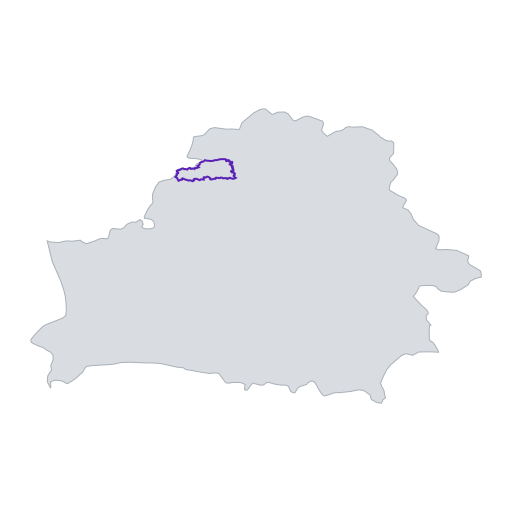 location of Pastavy, Vitebsk, Belarus
{"feature_id": "67162791B41761210959552", "entity_name": "Pastavy", "entity_type": "district", "adm_level": 2, "iso_a3": "BLR", "parent_name": "Belarus", "parent_adm1": "Vitebsk", "projection": "natural_earth1", "projection_center": [27.066, 55.118], "detail": "fine", "context": "in_parent", "style": "outline", "palette": "violet", "viewbox_px": 512, "rotation_deg": 0, "n_neighbors": 0, "source": "geoboundaries", "source_scale": "gbopen_adm2", "svg_char_len": 8466}
<svg xmlns="http://www.w3.org/2000/svg" viewBox="0 0 512 512"><path d="M438.5,352.2L429.4,351.8L418.6,352.0L412.6,355.3L406.0,353.7L401.4,355.6L390.8,364.7L386.7,369.7L382.9,377.3L380.5,383.0L381.9,386.9L384.0,390.6L384.5,394.6L385.5,397.7L382.9,399.9L381.4,403.2L376.9,402.6L371.3,399.5L370.1,395.0L365.7,391.8L362.9,390.2L358.3,389.9L350.9,391.4L341.3,392.5L334.0,392.8L330.0,394.4L324.1,396.0L321.9,394.2L318.5,389.0L315.8,383.9L313.9,381.7L312.3,381.1L310.4,381.2L308.1,382.8L306.4,384.5L300.3,386.4L297.7,388.2L294.8,392.9L292.8,392.6L290.8,391.5L288.4,386.2L285.2,385.0L280.1,385.0L273.7,383.9L268.6,382.3L266.7,382.6L263.7,384.9L260.4,385.2L253.1,383.2L251.7,384.1L247.5,389.9L245.6,390.2L244.5,389.5L245.1,384.4L240.8,382.6L233.7,382.4L228.8,383.1L226.3,382.9L225.1,381.9L218.9,373.5L215.7,372.9L209.9,373.4L201.4,372.3L191.6,370.4L186.2,369.7L183.4,367.8L177.3,367.2L161.1,363.6L154.4,363.0L144.7,362.9L129.8,362.2L120.3,362.6L115.8,363.8L110.7,364.5L93.0,365.5L86.7,366.4L84.9,368.2L82.7,372.1L75.3,378.8L68.2,383.3L66.9,383.7L62.8,381.3L59.3,380.5L55.3,380.2L52.4,381.0L50.6,382.1L50.8,387.3L50.3,387.8L47.3,381.6L47.7,376.0L49.5,372.8L51.6,370.0L50.8,365.7L53.0,360.0L53.1,355.9L52.2,354.1L50.6,352.1L46.0,349.8L44.0,348.0L37.8,345.7L31.7,342.7L30.7,340.9L31.0,339.7L32.2,337.8L37.0,332.3L42.2,327.0L45.5,324.8L62.9,318.0L65.6,315.6L66.3,311.6L66.1,303.4L65.2,296.0L64.0,290.8L60.8,281.2L52.2,261.4L47.2,240.9L50.7,242.1L58.9,242.5L65.4,241.1L68.8,240.9L71.8,241.3L80.4,240.2L82.5,242.1L86.3,243.7L93.9,241.3L100.6,238.4L107.5,238.8L108.5,237.3L110.3,230.1L112.4,228.5L120.6,229.2L123.7,227.9L126.9,224.3L131.8,222.1L135.9,222.1L140.2,219.6L142.2,221.3L143.2,224.3L141.8,226.7L142.4,227.6L145.3,228.8L150.4,228.8L153.6,227.8L154.4,226.4L154.4,223.9L153.6,221.6L151.5,219.6L147.5,218.6L144.7,218.5L144.2,217.3L145.2,214.5L147.7,209.5L150.8,205.0L152.6,203.3L153.0,201.7L152.6,199.0L152.6,194.1L155.4,187.2L159.1,182.0L164.0,180.3L170.0,179.4L173.8,177.0L175.7,174.2L177.4,169.7L179.3,168.8L193.7,169.4L195.9,165.0L197.1,163.7L199.9,162.4L201.8,160.8L201.1,159.6L197.4,158.8L188.8,158.1L187.0,156.7L187.6,154.9L189.9,150.4L192.1,144.5L193.3,140.0L193.4,137.3L194.6,136.6L201.7,135.7L204.0,134.8L210.1,128.6L214.7,127.6L226.6,129.2L232.1,129.0L239.0,129.5L239.6,128.8L242.0,122.7L253.7,112.9L260.0,109.5L264.0,108.8L265.4,109.0L271.7,114.1L273.2,114.3L277.4,112.2L284.6,112.0L288.0,113.8L292.9,120.1L295.4,120.9L302.4,117.3L306.3,116.2L308.9,116.2L322.3,121.1L323.3,122.7L323.4,124.6L321.4,130.3L324.2,133.9L327.4,136.3L334.2,132.3L336.7,131.2L339.5,131.1L343.2,129.7L345.8,127.5L348.4,126.7L353.3,127.2L362.1,126.7L372.5,130.2L373.4,131.2L378.7,135.3L380.5,137.4L382.2,138.0L385.0,140.0L388.7,141.2L391.3,140.9L392.5,141.5L393.7,143.1L393.8,145.8L393.6,153.4L390.0,157.4L389.5,158.8L389.7,160.5L392.7,163.8L396.6,168.9L397.6,171.9L397.6,174.2L392.6,180.7L390.9,182.3L389.8,185.5L389.2,188.8L389.6,190.2L398.3,195.4L404.8,198.2L406.3,199.6L406.4,200.5L403.1,206.1L402.8,207.7L408.0,210.0L410.9,213.7L413.6,219.7L418.6,225.4L437.0,233.9L438.6,235.4L439.2,237.2L438.8,241.1L435.6,248.7L438.8,249.8L446.8,249.5L456.6,250.4L468.5,255.7L468.6,258.1L467.4,260.3L468.3,262.6L469.7,264.6L480.0,270.5L481.0,272.3L481.3,275.2L481.1,277.3L478.3,277.7L475.1,278.7L470.1,281.3L468.2,284.9L460.0,289.9L454.9,292.1L450.9,292.2L441.1,291.2L437.7,288.7L436.2,286.5L432.4,285.5L427.5,285.4L420.6,285.8L419.2,286.4L418.2,289.2L415.4,293.9L413.3,296.6L422.2,306.0L426.7,309.9L428.1,312.2L428.1,313.9L426.1,315.9L426.5,319.9L430.9,325.2L429.4,326.0L429.2,332.5L429.3,339.4L430.5,341.0L432.9,342.4L434.8,344.9L438.2,350.7L438.5,352.2Z" fill="#d9dde1" stroke="#a8b0b8" stroke-width="1"/><path d="M178.6,180.8L179.0,180.7L179.3,180.5L179.9,180.0L180.3,179.8L181.0,179.8L181.8,179.8L182.2,179.5L182.1,179.2L182.0,178.9L182.1,178.7L182.3,178.4L182.6,178.4L183.2,178.5L183.6,178.7L184.1,179.0L184.6,179.3L185.0,179.4L185.7,179.7L186.2,179.8L186.6,179.9L187.0,179.9L187.5,180.1L187.9,180.4L188.3,180.5L188.7,180.5L189.3,180.4L189.8,180.2L190.3,180.3L190.9,180.6L191.5,180.7L192.1,180.9L192.4,181.2L192.7,181.1L193.2,180.9L193.7,180.7L194.1,180.4L194.3,180.1L194.3,179.9L194.0,179.6L193.7,179.4L193.8,179.2L194.2,179.0L194.7,178.9L195.3,178.8L196.2,178.8L196.8,179.0L197.3,179.1L198.0,179.3L198.2,179.6L198.8,179.9L199.4,180.1L199.8,180.2L200.1,180.0L200.3,179.8L200.6,179.5L201.3,179.3L201.7,179.4L202.2,179.4L202.6,179.4L203.1,179.4L203.7,179.6L203.7,179.3L203.7,178.9L203.8,178.3L203.6,177.9L203.6,177.5L203.7,177.3L203.9,177.2L204.2,177.2L205.0,177.4L205.1,177.6L205.6,177.6L206.0,177.3L206.7,176.9L207.2,176.6L208.0,176.8L208.5,177.0L208.9,177.2L209.2,177.5L209.9,177.9L210.3,178.2L210.2,178.7L210.1,179.0L210.2,179.3L210.5,179.4L211.3,179.4L212.2,179.3L212.5,179.3L213.4,179.0L213.6,178.9L213.9,178.8L214.5,178.8L215.1,178.9L215.5,178.8L215.7,178.5L215.6,178.0L215.7,177.8L216.0,177.7L216.5,177.7L216.9,177.9L217.4,177.9L217.8,177.9L218.3,177.8L218.7,178.0L219.2,178.1L219.6,178.1L219.9,178.1L220.2,177.8L220.6,177.6L220.8,177.6L221.1,177.7L221.6,177.7L221.9,177.6L222.3,177.9L222.6,178.1L223.0,178.4L223.4,178.3L223.7,178.2L224.2,178.1L224.8,178.1L225.1,178.3L225.8,178.2L226.2,178.1L226.5,178.1L226.8,178.1L227.0,178.3L227.0,178.5L227.1,178.9L227.6,178.9L228.0,178.7L228.3,178.5L228.6,178.4L228.7,178.2L229.1,178.1L229.3,177.9L229.7,177.8L229.9,177.8L230.1,177.8L230.3,177.9L230.4,178.0L230.5,178.2L230.7,178.3L231.0,178.3L231.3,178.3L231.8,178.4L232.2,178.5L232.5,178.7L233.0,178.8L233.3,178.8L233.5,178.8L233.8,178.7L234.0,178.6L234.3,178.5L234.6,178.3L235.0,178.3L235.4,178.1L235.7,177.9L235.3,177.7L235.0,177.4L234.7,177.1L234.5,176.9L234.2,176.6L233.8,176.3L233.7,176.1L233.7,175.8L234.0,175.7L234.4,175.5L234.4,175.4L234.6,175.2L234.4,174.9L234.3,174.7L234.2,174.6L234.3,174.4L234.5,174.2L234.8,173.9L234.9,173.7L234.6,173.3L234.2,173.2L234.0,172.9L233.9,172.7L233.8,172.4L233.6,172.3L233.4,172.3L233.2,172.3L232.9,172.5L232.7,172.5L232.4,172.5L231.9,172.4L231.6,172.0L231.4,171.9L231.2,171.7L231.0,171.4L231.1,171.2L231.3,170.9L231.6,170.7L231.8,170.6L232.2,170.6L232.7,170.5L233.0,170.4L233.4,170.3L233.5,170.1L233.4,170.0L233.2,169.8L233.2,169.7L233.2,169.3L233.2,169.1L233.1,168.9L232.9,168.8L232.7,168.7L232.5,168.4L232.9,168.2L233.0,168.0L233.0,167.8L232.8,167.6L232.6,167.6L232.2,167.4L232.0,167.2L232.1,166.9L232.3,166.8L232.4,166.7L232.6,166.6L232.7,166.4L232.7,166.2L232.3,166.1L232.2,166.1L231.9,166.2L231.6,166.1L231.5,165.9L231.5,165.7L231.5,165.4L231.5,165.2L231.3,165.0L231.0,165.0L230.7,164.8L230.1,164.6L229.7,164.4L229.7,164.2L230.0,164.1L230.2,163.9L230.5,163.8L230.7,163.7L230.9,163.7L231.3,163.5L231.5,163.4L231.9,163.3L232.1,163.3L232.1,163.0L232.2,162.8L232.2,162.7L232.3,162.5L232.3,162.4L232.3,162.2L232.1,161.9L231.8,161.9L231.6,162.0L231.4,162.1L231.1,162.2L230.7,162.1L230.3,161.9L230.2,161.9L230.2,161.7L230.0,161.3L229.7,161.2L229.3,161.3L228.8,161.4L228.6,161.3L228.5,161.2L228.7,160.9L228.8,160.8L229.0,160.6L229.0,160.4L228.8,160.2L228.5,160.1L228.3,160.1L228.0,160.1L227.7,160.2L227.4,160.4L227.1,160.6L226.9,160.8L226.8,161.0L226.6,161.1L226.4,161.2L226.2,161.1L226.2,160.8L226.2,160.6L226.4,160.3L226.5,160.1L226.5,159.8L226.4,159.7L226.0,159.6L225.7,159.5L225.4,159.5L225.1,159.4L225.0,159.1L224.6,159.1L224.3,159.1L223.8,159.1L223.3,159.1L222.7,159.1L222.2,159.1L221.5,159.2L221.0,159.2L220.5,159.2L220.0,159.3L219.5,159.4L219.0,159.5L218.7,159.7L218.3,159.7L218.1,159.7L217.7,159.8L217.0,160.1L216.6,160.1L215.9,160.1L215.7,160.1L215.3,160.1L214.8,160.2L214.4,160.3L213.9,160.5L213.7,160.7L213.3,160.8L212.9,160.8L212.5,160.9L212.1,160.9L211.6,160.9L211.2,161.0L210.6,161.1L210.4,161.0L209.8,160.9L208.7,160.8L208.0,160.8L207.5,160.7L206.9,160.7L206.2,160.5L205.7,160.4L204.8,160.2L204.5,160.7L204.0,161.2L202.2,161.9L200.8,162.3L199.8,163.1L199.8,163.9L199.6,164.7L199.0,165.1L198.2,165.6L197.5,166.0L197.8,166.5L198.7,167.3L197.6,167.6L196.8,168.0L195.6,168.0L194.7,168.8L194.5,168.3L193.2,168.4L191.8,168.8L190.9,168.8L190.6,168.2L189.9,167.9L188.6,168.3L188.0,168.8L187.1,169.6L186.5,169.3L185.5,169.0L184.2,169.2L183.5,168.6L182.5,168.4L181.8,168.7L181.1,169.0L180.5,169.6L179.3,170.1L178.5,170.1L177.7,170.3L176.7,170.9L176.9,171.5L177.6,172.0L178.2,172.7L178.1,173.2L177.4,173.5L176.7,174.1L176.9,174.8L176.7,175.4L176.1,176.3L175.4,176.8L175.9,177.2L176.1,177.5L176.6,177.8L177.1,178.0L177.4,178.4L177.5,178.8L177.7,179.4L178.0,179.9L178.2,180.3L178.5,180.8L178.6,180.8Z" fill="none" stroke="#5b21b6" stroke-width="2"/></svg>